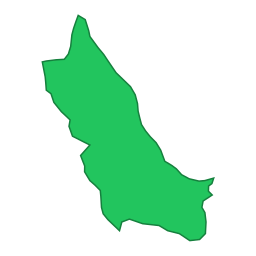 the district of Gerani, Cyprus
{"feature_id": "46923920B71486587223903", "entity_name": "Gerani", "entity_type": "district", "adm_level": 2, "iso_a3": "CYP", "parent_name": "Cyprus", "parent_adm1": "", "projection": "orthographic", "projection_center": [33.922, 35.367], "detail": "fine", "context": "isolated", "style": "filled", "palette": "green", "viewbox_px": 256, "rotation_deg": 0, "n_neighbors": 0, "source": "geoboundaries", "source_scale": "gbopen_adm2", "svg_char_len": 989}
<svg xmlns="http://www.w3.org/2000/svg" viewBox="0 0 256 256"><path d="M42.3,61.9L45.2,76.8L45.8,83.2L46.3,90.2L51.0,93.7L53.9,102.4L61.4,111.7L70.1,119.9L69.0,126.3L72.5,136.2L84.1,142.1L89.9,145.0L80.6,155.5L84.7,166.0L84.6,171.8L89.9,180.6L95.1,185.2L100.3,190.5L100.9,196.9L101.5,207.4L103.2,213.8L107.9,219.6L119.5,230.7L121.8,222.0L129.4,219.1L142.7,223.7L159.0,225.5L167.7,230.7L179.3,233.6L189.8,240.6L199.6,239.5L205.4,233.6L206.0,222.0L204.9,212.6L201.9,207.4L203.1,201.0L212.2,195.0L208.4,191.2L208.6,186.0L211.9,183.6L213.7,178.1L211.2,178.8L204.8,180.6L199.0,181.1L189.2,178.8L181.6,174.7L176.4,168.9L171.7,165.4L164.8,161.3L160.7,150.2L156.1,142.7L150.3,136.8L145.6,131.0L141.5,124.6L139.8,118.2L138.1,111.2L137.5,103.6L135.2,94.8L130.5,86.7L116.0,72.7L107.3,59.9L103.8,54.6L98.0,47.6L89.9,36.5L88.7,30.7L85.2,19.6L78.2,15.4L76.0,21.4L73.6,28.4L71.9,34.8L70.7,46.4L68.4,54.0L64.3,59.3L56.2,59.8L46.4,61.0L42.3,61.9Z" fill="#22c55e" stroke="#15803d" stroke-width="1.5"/></svg>